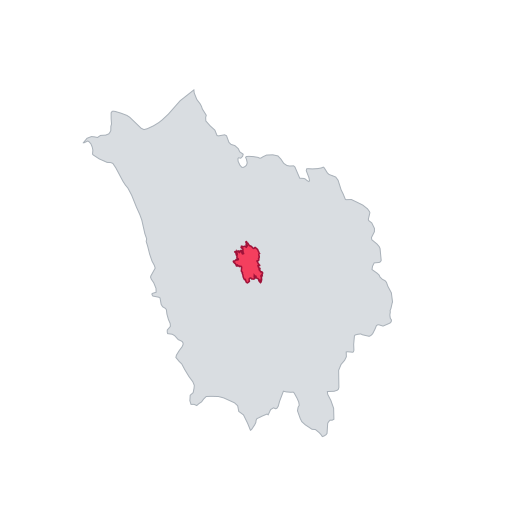 Puchavičy, Minsk, Belarus shown in context, rotated 65°
{"feature_id": "67162791B58974730621112", "entity_name": "Puchavičy", "entity_type": "district", "adm_level": 2, "iso_a3": "BLR", "parent_name": "Belarus", "parent_adm1": "Minsk", "projection": "equal_earth", "projection_center": [27.908, 53.474], "detail": "fine", "context": "in_parent", "style": "filled", "palette": "rose", "viewbox_px": 512, "rotation_deg": 65, "n_neighbors": 0, "source": "geoboundaries", "source_scale": "gbopen_adm2", "svg_char_len": 9155}
<svg xmlns="http://www.w3.org/2000/svg" viewBox="0 0 512 512"><g transform="rotate(65 256 256)"><path d="M411.6,334.7L404.0,334.3L394.7,334.5L389.6,337.3L384.0,335.9L380.0,337.5L371.0,345.2L367.5,349.4L364.3,355.8L362.3,360.5L363.5,363.9L365.2,367.0L365.7,370.3L366.5,372.9L364.3,374.8L363.0,377.6L359.2,377.1L354.4,374.5L353.3,370.7L349.6,368.0L347.2,366.6L343.3,366.4L337.0,367.7L328.7,368.6L322.5,368.9L319.1,370.2L314.1,371.5L312.2,370.0L309.3,365.6L307.0,361.3L305.4,359.5L304.1,358.9L302.4,359.0L300.5,360.4L299.0,361.8L293.8,363.4L291.5,365.0L289.0,368.9L287.4,368.6L285.6,367.7L283.6,363.3L280.9,362.3L276.5,362.2L271.1,361.3L266.7,359.9L265.1,360.3L262.5,362.1L259.7,362.4L253.5,360.7L252.3,361.5L248.7,366.4L247.0,366.6L246.1,366.0L246.6,361.8L243.0,360.3L237.0,360.0L232.7,360.7L230.6,360.5L229.6,359.7L224.4,352.5L221.6,352.1L216.7,352.4L209.4,351.6L201.1,350.0L196.5,349.4L194.1,347.8L188.9,347.3L175.1,344.3L169.4,343.8L161.1,343.7L148.4,343.0L140.3,343.4L136.5,344.4L132.1,345.0L117.0,345.8L111.6,346.6L110.0,348.1L108.2,351.4L101.8,357.0L95.7,360.8L94.6,361.1L91.1,359.1L88.1,358.4L84.7,358.2L82.2,358.9L80.7,359.8L80.7,364.2L80.4,364.6L77.9,359.4L78.2,354.7L79.8,352.0L81.6,349.6L81.0,346.0L82.9,341.2L83.1,337.8L82.3,336.3L81.0,334.6L77.1,332.7L75.4,331.2L70.2,329.2L65.0,326.8L64.1,325.2L64.4,324.2L65.4,322.6L69.5,318.0L74.0,313.6L76.9,311.8L91.7,306.1L94.1,304.1L94.7,300.7L94.7,293.9L94.0,287.7L93.0,283.5L90.4,275.5L83.2,259.1L79.2,242.1L82.1,243.1L89.1,243.5L94.7,242.3L97.5,242.2L100.1,242.5L107.4,241.6L109.2,243.1L112.4,244.4L118.8,242.5L124.5,240.1L130.4,240.4L131.3,239.2L132.9,233.2L134.6,231.9L141.6,232.5L144.3,231.5L147.0,228.5L151.2,226.7L154.7,226.7L158.3,224.6L160.0,226.0L160.9,228.5L159.6,230.4L160.1,231.2L162.6,232.2L166.9,232.2L169.6,231.4L170.3,230.2L170.3,228.2L169.7,226.3L167.9,224.6L164.5,223.8L162.1,223.7L161.8,222.7L162.6,220.5L164.8,216.4L167.4,212.6L169.0,211.2L169.3,210.0L169.0,207.7L169.0,203.7L171.4,198.0L174.6,193.8L178.7,192.5L183.8,191.7L187.1,189.7L188.7,187.4L190.2,183.8L191.8,183.1L204.0,183.5L205.9,179.9L206.9,178.9L209.3,177.8L210.9,176.6L210.3,175.6L207.2,174.9L199.9,174.4L198.4,173.2L198.9,171.8L200.9,168.1L202.8,163.3L203.8,159.6L203.9,157.4L205.0,156.9L210.9,156.2L212.9,155.4L218.1,150.4L222.0,149.6L232.0,150.9L236.7,150.8L242.5,151.1L243.0,150.6L245.1,145.7L255.0,137.7L260.4,135.0L263.7,134.4L264.9,134.5L270.2,138.7L271.5,138.9L275.0,137.1L281.1,137.0L284.0,138.4L288.1,143.6L290.2,144.2L296.2,141.3L299.5,140.4L301.6,140.4L312.9,144.4L313.8,145.6L313.9,147.1L312.2,151.8L314.5,154.7L317.3,156.6L323.0,153.4L325.2,152.5L327.5,152.5L330.6,151.3L332.8,149.5L335.0,148.9L339.1,149.3L346.6,148.9L355.4,151.7L356.2,152.5L360.6,155.9L362.1,157.5L363.6,158.0L366.0,159.6L369.1,160.6L371.2,160.3L372.3,160.9L373.3,162.2L373.4,164.3L373.2,170.5L370.2,173.8L369.8,174.9L370.0,176.3L372.5,179.0L375.8,183.2L376.6,185.6L376.6,187.4L372.4,192.8L370.9,194.0L370.0,196.7L369.5,199.4L369.9,200.5L377.3,204.8L382.8,207.1L384.0,208.2L384.1,209.0L381.4,213.6L381.1,214.8L385.5,216.7L388.0,219.8L390.2,224.7L394.5,229.4L410.1,236.4L411.5,237.6L412.0,239.1L411.6,242.4L409.0,248.6L411.7,249.5L418.5,249.2L426.8,250.0L436.9,254.4L437.0,256.4L436.1,258.2L436.8,260.1L437.9,261.7L446.8,266.6L447.6,268.1L447.9,270.5L447.7,272.2L445.3,272.6L442.7,273.4L438.4,275.5L436.7,278.5L429.8,282.7L425.5,284.5L422.1,284.6L413.8,283.8L410.8,281.7L409.6,279.9L406.4,279.0L402.1,278.9L396.3,279.3L395.1,279.8L394.2,282.1L391.9,286.1L390.1,288.3L397.7,296.1L401.5,299.3L402.8,301.3L402.8,302.7L401.0,304.3L401.4,307.7L405.1,312.1L403.9,312.8L403.7,318.2L403.8,323.9L404.9,325.3L406.8,326.5L408.5,328.6L411.4,333.4L411.6,334.7Z" fill="#d9dde1" stroke="#a8b0b8" stroke-width="1"/><path d="M281.0,261.8L280.4,261.3L279.5,260.7L278.3,260.6L278.2,260.4L278.2,260.2L277.9,260.1L277.0,260.1L276.6,260.1L276.2,260.1L275.8,259.6L275.8,259.3L275.9,259.2L276.3,259.0L276.7,258.9L276.7,258.7L275.8,258.5L275.4,258.5L275.1,258.4L275.1,258.1L275.0,257.8L274.9,257.7L274.5,257.4L274.3,257.2L274.1,257.1L273.8,257.1L273.6,257.3L273.3,257.4L273.0,257.3L272.9,257.3L272.6,257.5L272.6,258.0L272.4,258.3L272.3,258.5L272.1,258.5L271.2,258.5L270.8,258.6L270.5,258.9L270.1,258.9L269.3,258.8L269.1,258.7L269.4,258.3L269.4,258.0L269.4,257.8L269.0,257.7L268.5,257.8L268.4,258.0L268.0,258.4L267.4,258.5L267.2,258.5L266.8,258.5L265.7,258.3L265.4,258.2L265.5,257.8L266.1,257.6L266.2,257.3L266.2,257.0L266.2,256.7L265.7,256.6L265.4,256.8L265.2,257.0L264.4,256.9L264.2,257.0L263.5,257.2L262.8,257.2L262.3,257.0L262.1,257.1L261.9,257.2L261.6,257.3L261.3,257.3L260.9,257.2L260.8,256.8L261.0,256.7L261.1,256.3L261.0,255.7L261.0,255.4L260.9,255.2L260.6,255.0L260.3,254.9L259.6,254.8L259.2,254.7L259.1,254.4L259.1,254.2L259.0,253.9L258.9,253.9L258.7,253.8L258.4,253.7L258.0,253.6L257.9,253.3L257.7,253.2L257.4,253.1L257.0,253.1L256.6,253.2L256.2,253.1L255.9,252.9L255.5,252.5L255.4,252.2L255.2,252.0L255.2,251.8L254.7,251.9L254.1,251.9L253.7,251.8L253.4,251.8L252.7,251.9L252.2,251.9L251.6,251.8L251.2,251.8L250.7,251.8L250.3,251.9L250.1,252.1L249.4,252.5L248.6,252.7L248.3,252.9L247.9,253.1L247.8,253.5L248.2,254.1L248.2,254.3L248.2,254.9L247.8,255.3L247.6,255.4L247.2,255.5L246.8,255.6L246.3,255.8L245.2,256.3L244.7,256.5L244.5,256.8L244.5,257.1L244.3,257.3L244.0,257.4L243.4,257.6L242.4,257.9L242.0,257.9L240.9,258.0L240.5,258.4L240.1,258.6L239.5,258.6L239.4,258.5L239.2,258.5L238.8,258.7L238.8,259.0L239.0,259.2L239.2,259.3L239.4,259.4L239.7,259.4L239.9,259.4L240.2,259.3L240.5,259.3L240.8,259.4L240.9,259.6L241.2,259.9L241.4,260.1L241.7,260.2L241.9,260.2L242.0,260.2L242.3,259.9L242.3,259.7L242.5,259.4L242.8,259.4L243.0,259.5L243.0,259.9L243.0,260.0L243.4,260.1L243.5,260.2L243.5,260.3L243.1,260.6L243.6,260.8L243.8,260.9L244.0,261.1L243.9,261.2L243.8,261.3L243.4,261.4L243.2,261.4L242.9,261.5L242.5,261.8L242.4,262.2L242.3,262.9L242.3,263.2L242.3,263.5L242.0,263.7L241.4,264.4L241.2,264.7L241.0,265.0L241.3,265.2L241.5,265.1L241.9,264.9L242.0,264.9L242.2,265.0L242.1,265.3L241.8,265.6L241.8,265.8L242.0,265.9L242.3,265.9L242.5,265.8L242.8,265.6L243.2,265.3L243.7,265.0L244.0,264.9L244.3,264.9L244.7,265.1L244.8,265.2L244.9,265.4L245.0,265.6L245.4,265.8L245.5,265.8L245.7,265.7L246.0,265.6L246.3,265.7L246.4,265.9L246.3,266.3L246.6,266.6L246.8,266.6L247.1,266.4L247.4,266.2L247.5,266.2L247.8,266.1L248.1,266.1L248.4,266.1L248.6,266.2L248.6,266.5L248.5,266.9L248.5,267.1L248.4,267.4L248.2,267.5L247.7,267.5L247.3,267.4L247.0,267.4L246.1,267.5L245.9,267.5L245.8,267.4L245.8,267.2L245.8,266.8L245.7,266.8L245.4,266.7L245.1,266.8L244.9,266.9L244.5,267.1L244.6,267.4L244.8,267.5L245.3,267.8L245.4,268.0L245.3,268.3L245.2,268.5L244.7,268.6L244.6,268.9L244.8,269.0L245.6,269.2L245.7,269.3L245.9,269.5L245.6,269.8L245.1,269.9L244.8,269.9L244.2,269.8L243.9,269.9L243.8,270.1L243.8,270.3L243.8,270.6L243.9,270.8L244.0,271.0L244.0,271.4L243.9,271.6L243.7,271.8L243.2,271.8L243.4,272.0L243.4,272.3L243.6,272.6L243.7,272.9L243.6,273.0L243.3,273.2L243.2,273.3L243.3,273.5L243.5,273.5L243.7,273.4L243.8,273.3L243.9,273.2L244.0,273.1L244.5,273.1L244.8,273.1L244.9,272.9L245.0,272.7L244.7,272.2L244.8,272.0L245.0,271.9L245.3,271.9L245.9,272.1L246.4,272.2L246.6,272.3L246.9,272.5L246.9,272.8L246.4,273.1L246.2,273.2L246.2,273.3L246.4,273.4L246.8,273.4L247.0,273.4L247.4,273.3L247.7,273.2L247.9,273.3L248.3,273.3L248.7,273.6L249.0,273.8L249.4,274.0L250.0,274.0L250.4,273.8L250.6,273.5L250.9,273.3L251.2,273.3L251.5,273.4L251.8,273.6L251.8,273.8L251.6,274.0L251.4,274.1L251.2,274.1L251.0,274.3L251.7,274.9L251.7,275.0L251.4,275.2L251.0,275.2L250.8,275.3L250.8,275.5L251.1,275.8L251.2,276.2L251.3,276.8L251.5,277.3L251.5,277.6L251.5,277.9L251.3,278.3L251.1,278.4L251.1,278.6L251.5,278.9L251.8,278.9L252.6,278.7L253.4,278.4L253.7,278.3L253.7,278.1L253.9,277.9L255.6,277.9L256.3,277.9L256.8,277.9L256.9,277.7L256.4,277.4L256.2,277.3L256.0,277.1L256.0,276.9L256.1,276.7L256.5,276.6L256.9,276.8L257.0,276.9L257.3,276.8L257.4,276.7L257.5,276.3L257.5,276.0L257.5,275.8L257.7,275.7L258.3,275.6L258.6,275.5L258.6,275.3L258.5,275.1L258.4,274.9L258.6,274.7L258.8,274.6L259.0,274.5L259.0,274.2L258.9,274.1L259.0,273.9L259.3,273.7L259.6,273.7L259.9,273.7L260.2,273.8L260.5,273.9L260.9,274.1L261.2,274.4L261.7,274.7L262.1,274.9L262.6,275.2L263.4,275.7L264.8,275.4L265.3,275.3L265.5,275.7L266.2,275.8L267.1,275.8L268.1,276.0L268.6,276.2L269.3,276.4L270.1,276.5L271.8,276.5L272.6,276.4L272.7,276.1L272.7,275.6L273.4,275.6L274.2,275.8L275.6,275.9L276.0,275.6L276.7,275.3L276.7,274.6L276.5,273.7L276.3,273.4L276.3,272.9L276.1,272.6L275.7,272.5L275.2,272.5L274.5,272.2L273.9,271.9L273.6,271.3L273.5,271.0L273.6,270.4L273.7,270.0L274.3,269.8L274.7,269.8L275.2,269.4L275.3,268.9L275.6,268.4L276.0,267.9L276.0,267.1L275.9,266.7L275.5,266.6L275.1,266.6L274.0,266.4L272.7,265.7L273.2,265.6L273.7,265.5L273.9,265.2L274.1,264.7L274.5,264.6L274.9,264.9L274.9,265.0L275.0,265.3L275.3,265.3L275.8,265.2L276.1,264.8L276.5,264.6L277.1,264.1L277.5,263.7L278.2,263.5L278.8,263.5L279.3,263.8L280.0,263.8L280.3,263.7L281.5,263.4L282.0,263.2L281.8,262.9L281.5,262.9L280.1,263.0L279.4,262.8L279.4,262.5L279.7,262.2L280.0,262.0L281.0,261.8Z" fill="#f43f5e" stroke="#9f1239" stroke-width="1.5"/></g></svg>